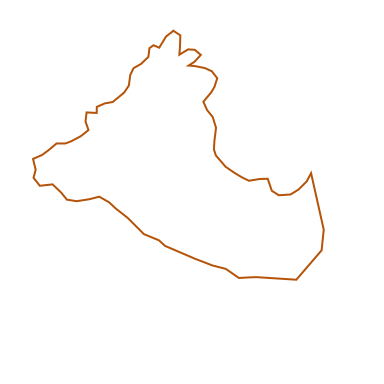 the district of Sanida, Limassol, Cyprus, rotated 315°
{"feature_id": "46923920B87246045221167", "entity_name": "Sanida", "entity_type": "district", "adm_level": 2, "iso_a3": "CYP", "parent_name": "Cyprus", "parent_adm1": "Limassol", "projection": "robinson", "projection_center": [33.193, 34.798], "detail": "fine", "context": "isolated", "style": "outline", "palette": "amber", "viewbox_px": 384, "rotation_deg": 315, "n_neighbors": 0, "source": "geoboundaries", "source_scale": "gbopen_adm2", "svg_char_len": 1190}
<svg xmlns="http://www.w3.org/2000/svg" viewBox="0 0 384 384"><g transform="rotate(315 192 192)"><path d="M184.9,64.5L180.5,68.7L173.7,61.2L166.5,66.9L162.6,75.0L152.9,73.9L142.4,70.7L142.2,70.6L136.7,68.1L130.5,61.9L120.0,61.0L112.2,59.8L103.0,56.2L97.2,65.7L90.0,69.9L88.8,80.0L98.8,88.0L99.1,99.9L98.1,108.9L103.9,116.9L114.4,124.6L123.1,129.7L126.1,140.7L126.4,149.9L128.2,164.8L128.2,176.4L128.2,187.7L128.5,188.5L134.5,202.9L134.8,211.0L146.9,241.3L154.4,258.2L161.5,270.2L164.4,286.0L171.7,292.5L177.3,297.7L202.7,326.6L203.7,327.8L241.0,325.0L242.4,324.9L258.5,311.8L289.5,262.9L280.6,265.6L269.0,265.6L259.9,263.4L251.1,255.7L249.3,247.6L254.9,236.2L249.1,230.7L240.2,224.3L237.6,216.7L235.6,208.6L233.6,198.0L234.7,183.1L237.6,177.4L244.0,171.7L254.4,163.6L259.7,153.5L260.6,144.7L263.9,136.2L276.3,135.1L282.3,133.5L290.3,129.4L291.4,120.6L288.7,113.4L282.8,104.6L279.0,100.2L285.9,101.7L295.2,101.3L294.5,93.4L290.1,88.4L280.1,86.0L286.1,80.9L294.5,73.0L292.8,64.7L290.7,64.6L283.5,63.7L270.9,66.8L268.5,61.0L263.7,60.2L256.7,65.6L246.5,65.4L238.2,63.1L231.1,65.6L222.6,72.1L214.2,73.7L199.6,72.3L193.0,67.7L184.9,64.5Z" fill="none" stroke="#b45309" stroke-width="2"/></g></svg>